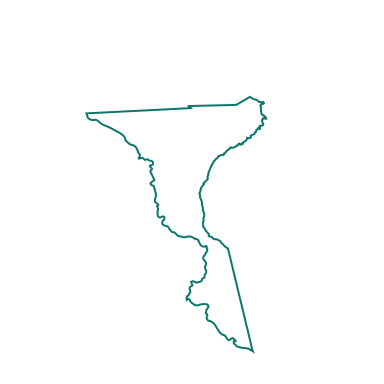 outline of Nova Esperança do Piriá, Pará, Brazil, rotated 299°
{"feature_id": "56859067B92055501543930", "entity_name": "Nova Esperança do Piriá", "entity_type": "district", "adm_level": 2, "iso_a3": "BRA", "parent_name": "Brazil", "parent_adm1": "Pará", "projection": "robinson", "projection_center": [-46.972, -2.395], "detail": "fine", "context": "isolated", "style": "outline", "palette": "teal", "viewbox_px": 384, "rotation_deg": 299, "n_neighbors": 0, "source": "geoboundaries", "source_scale": "gbopen_adm2", "svg_char_len": 6069}
<svg xmlns="http://www.w3.org/2000/svg" viewBox="0 0 384 384"><g transform="rotate(299 192 192)"><path d="M265.1,146.6L265.4,148.6L264.8,150.3L242.4,114.3L212.8,66.7L209.6,61.6L209.0,62.3L208.3,63.0L207.2,64.0L206.4,65.2L206.1,66.5L206.1,67.4L206.2,68.7L206.6,69.9L207.5,71.4L208.0,72.3L208.6,72.7L208.6,74.1L208.5,75.4L208.3,76.7L207.9,78.5L207.7,79.7L207.8,82.6L208.0,85.0L208.3,86.4L208.5,88.0L208.5,89.5L208.6,92.4L208.5,95.9L208.6,97.3L208.6,100.5L208.5,101.5L208.3,103.1L208.0,104.6L207.7,105.4L207.2,106.4L206.8,107.0L205.9,108.1L205.0,108.7L204.6,110.1L204.5,111.1L203.8,113.1L203.7,114.6L203.8,115.7L204.4,117.7L204.4,119.5L204.3,120.4L203.1,123.0L202.3,123.6L201.8,124.4L201.1,125.2L200.5,125.8L200.1,126.5L199.9,127.2L199.4,128.3L198.8,128.7L197.5,129.0L196.5,128.9L195.5,129.3L196.2,130.3L197.0,130.8L197.6,131.7L197.8,133.0L197.2,135.1L198.1,136.2L198.8,136.9L199.1,137.9L198.8,138.9L199.0,139.7L199.4,141.2L199.5,142.3L199.2,143.3L197.9,144.2L196.9,144.3L196.0,143.6L195.3,142.9L194.4,142.4L193.7,143.3L193.4,144.5L192.8,145.8L191.8,145.8L190.9,145.4L190.1,145.5L189.1,146.2L188.6,147.2L188.2,147.9L187.7,148.4L187.2,149.2L185.8,151.1L184.4,153.2L183.7,153.2L181.3,151.9L179.4,151.5L178.8,152.1L178.5,153.3L178.6,154.6L178.9,155.3L177.9,156.5L176.7,157.4L176.1,158.4L173.7,160.4L173.0,161.4L171.9,161.8L171.4,162.2L169.9,162.7L168.2,163.0L166.5,163.7L165.5,164.5L165.2,165.6L164.9,167.7L164.0,169.0L162.6,168.3L161.5,169.7L161.1,170.3L160.2,171.0L159.3,170.7L158.6,171.1L157.4,172.0L155.9,172.6L155.2,173.1L154.5,173.7L154.2,174.5L154.0,175.5L154.1,176.3L154.7,176.9L155.3,177.3L156.1,177.9L156.6,178.5L156.8,179.7L156.2,180.3L155.2,180.8L154.0,180.9L152.9,180.5L151.9,180.4L150.7,180.8L149.5,181.9L149.2,183.7L149.4,184.4L149.7,185.6L150.0,187.2L149.9,188.1L148.6,190.2L148.1,191.8L147.7,192.6L147.4,193.7L147.6,195.3L148.2,196.3L148.0,197.1L147.5,198.7L146.9,200.2L146.9,201.3L147.1,202.2L147.7,203.7L148.2,206.1L148.6,207.2L149.1,207.8L150.0,208.7L151.6,210.8L152.1,211.8L152.4,212.5L152.6,214.9L152.5,217.6L153.1,218.3L152.9,219.9L152.9,220.8L151.2,223.0L150.1,224.7L149.7,225.4L149.4,226.8L149.5,227.7L150.1,229.1L150.8,229.8L151.6,230.6L151.3,231.4L150.3,231.6L150.0,232.4L149.0,233.4L147.7,233.8L146.7,233.8L145.7,233.5L145.0,233.8L144.3,233.8L141.7,233.4L140.5,233.5L139.4,233.9L138.8,234.5L138.5,235.3L138.2,236.2L137.1,238.1L136.8,238.8L135.7,239.2L134.7,239.5L133.9,239.6L132.7,239.7L131.6,240.4L131.1,241.0L130.4,242.0L129.8,242.8L128.8,243.3L127.4,243.4L126.5,243.2L125.6,243.3L124.6,243.6L123.7,244.2L122.8,244.2L122.1,243.7L121.0,242.9L119.5,243.4L118.6,243.3L117.8,242.9L117.1,242.3L116.3,241.2L115.0,240.1L114.8,238.8L114.6,236.9L114.4,236.1L113.9,235.4L112.9,234.8L112.1,235.7L111.2,237.0L110.4,237.7L109.5,237.2L108.6,236.5L107.1,236.4L105.8,237.0L105.1,237.9L103.9,239.0L103.0,239.2L101.9,238.8L100.6,239.0L99.9,239.0L98.8,238.4L97.9,238.3L96.7,238.6L96.0,239.0L95.1,239.7L96.7,240.4L96.7,242.2L95.5,243.8L95.0,244.8L94.9,246.3L94.7,247.5L94.5,248.7L94.5,249.5L95.4,251.7L96.0,252.3L96.7,252.9L97.4,253.6L98.9,255.4L99.4,256.2L100.0,257.2L100.5,258.2L100.9,259.1L101.0,259.9L100.6,261.2L99.9,261.6L99.3,262.2L97.7,261.9L96.7,261.9L95.7,261.9L92.9,262.7L92.5,264.0L91.6,265.2L90.8,265.4L89.6,265.7L88.7,266.0L88.1,266.7L87.3,268.7L88.0,270.6L88.0,272.8L87.8,273.7L87.3,275.6L86.9,276.6L86.5,277.3L84.1,281.4L83.4,282.8L82.9,284.0L82.4,285.3L82.2,286.3L82.0,287.5L82.3,289.4L82.4,290.2L81.9,291.5L80.5,294.2L80.2,295.4L80.5,296.4L83.0,297.5L84.0,298.5L83.5,300.4L83.5,301.5L82.7,302.4L81.6,301.0L80.5,301.4L79.8,302.2L79.3,304.5L78.7,306.1L79.0,307.7L79.7,310.2L80.3,312.0L81.9,315.9L82.3,317.2L82.3,319.5L82.2,322.4L82.8,321.6L96.9,308.8L99.7,306.2L103.3,302.8L105.4,301.0L115.4,291.8L117.7,289.7L121.7,286.0L124.3,283.6L125.5,282.5L127.0,281.1L134.9,273.9L144.3,265.3L149.2,260.8L155.2,255.3L160.0,250.9L160.0,249.5L160.3,248.7L160.3,247.2L161.2,244.7L161.8,242.0L162.6,240.9L162.8,239.0L162.6,238.0L162.7,236.9L162.1,235.5L161.8,234.8L161.4,233.9L161.7,232.7L162.1,231.7L162.1,230.2L161.6,229.0L161.6,228.0L162.6,227.6L163.4,227.0L163.7,226.2L164.3,224.1L164.7,223.1L166.6,219.9L167.0,218.8L169.1,217.3L170.7,216.3L172.2,216.3L173.6,215.4L174.2,214.8L176.3,214.4L178.1,213.7L179.0,213.1L180.4,211.6L181.3,210.4L182.7,209.7L183.3,209.3L185.7,206.8L187.4,206.0L188.4,205.2L188.9,204.4L190.1,203.1L191.0,201.9L191.7,201.3L192.3,201.2L193.0,200.7L194.4,199.1L195.3,199.2L196.1,198.9L197.1,198.9L199.6,197.9L202.3,198.2L204.7,198.5L205.1,197.8L205.9,197.8L206.4,198.3L207.9,198.8L208.5,199.0L210.1,199.2L210.7,199.5L211.7,199.2L213.0,198.0L215.1,198.0L216.0,197.3L217.1,197.0L220.3,196.7L221.2,196.7L223.1,196.2L224.4,196.5L225.7,196.0L226.9,196.4L228.3,196.4L229.3,196.1L231.3,196.9L232.1,196.7L232.8,197.2L234.6,197.9L235.9,197.6L236.8,198.4L237.3,199.0L238.3,199.5L239.5,200.7L239.7,201.5L240.5,201.8L241.4,201.4L242.5,202.1L243.4,202.2L244.2,202.5L245.0,202.4L246.0,203.1L246.8,203.3L247.6,203.6L248.6,204.3L249.5,203.9L250.3,205.4L250.5,206.3L252.0,207.6L253.1,208.2L254.4,208.7L254.8,209.4L256.9,209.4L257.5,211.0L256.9,211.4L258.4,213.0L259.2,213.1L259.6,212.4L261.0,213.0L261.7,213.7L262.7,213.9L263.5,214.4L265.1,214.4L266.1,213.9L266.6,214.9L266.5,215.7L267.3,216.5L267.9,216.8L268.9,216.9L269.5,216.1L270.2,216.5L270.9,216.7L271.7,217.6L273.1,218.5L274.1,218.2L275.1,218.4L275.9,218.9L276.6,218.6L277.2,218.2L278.6,219.0L279.3,218.7L280.1,219.0L280.2,219.8L280.0,220.7L280.7,220.8L281.4,220.4L281.9,219.6L282.4,219.1L283.1,219.8L283.7,220.6L284.6,221.6L285.4,221.6L286.2,221.3L286.4,220.6L287.4,219.6L288.0,218.7L288.8,218.3L289.6,218.7L290.8,218.3L291.3,218.9L291.5,220.1L292.0,221.2L292.6,220.9L293.2,219.9L293.6,218.1L293.8,217.1L293.5,216.0L294.3,214.8L295.9,213.4L298.0,211.9L300.3,210.8L300.5,210.0L302.4,210.1L303.6,211.5L304.5,211.9L305.3,210.8L304.7,209.9L303.9,209.2L303.8,208.0L303.5,207.3L303.5,206.2L303.8,205.0L303.8,204.2L303.7,202.9L303.3,201.6L303.1,199.6L303.1,198.3L303.4,196.6L291.0,189.3L289.5,188.3L273.0,160.1L272.3,158.9L269.8,154.7L265.1,146.6Z" fill="none" stroke="#0f766e" stroke-width="2"/></g></svg>